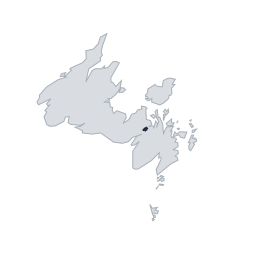 United Kingdom, with East Dunbartonshire highlighted, rotated 147°
{"feature_id": "GBR-2002", "entity_name": "East Dunbartonshire", "entity_type": "Unitary District", "adm_level": 1, "iso_a3": "GBR", "parent_name": "United Kingdom", "parent_adm1": "", "projection": "natural_earth1", "projection_center": [-4.202, 55.959], "detail": "fine", "context": "in_parent", "style": "filled", "palette": "slate", "viewbox_px": 256, "rotation_deg": 147, "n_neighbors": 0, "source": "natural_earth", "source_scale": "10m", "svg_char_len": 4135}
<svg xmlns="http://www.w3.org/2000/svg" viewBox="0 0 256 256"><g transform="rotate(147 128 128)"><path d="M138.1,189.7L126.5,195.8L122.9,195.4L118.4,192.3L113.8,192.7L115.7,191.1L111.7,189.7L104.7,191.7L101.7,190.3L99.9,187.3L114.9,179.6L117.2,175.9L115.9,174.7L115.6,169.4L107.7,171.3L113.3,165.5L120.1,162.7L125.9,162.0L129.0,163.5L128.1,161.2L129.4,160.6L131.4,162.7L133.7,162.6L129.4,159.1L131.3,155.4L129.6,153.5L131.6,151.5L132.0,147.8L128.0,148.6L122.3,141.2L124.0,137.6L129.6,134.5L122.8,134.6L117.4,137.5L113.5,136.3L110.0,137.9L106.0,136.4L104.8,139.0L101.8,136.2L101.3,134.0L102.9,133.9L107.9,125.2L105.1,121.9L106.0,118.0L109.2,117.8L105.8,115.9L106.3,114.1L100.9,118.7L100.8,115.7L103.8,112.8L98.7,116.5L98.6,120.7L96.3,127.1L93.5,127.6L97.1,120.1L95.5,119.9L96.7,112.5L101.3,104.0L95.2,107.8L88.9,104.7L94.2,102.4L92.5,101.6L96.1,98.2L96.5,96.0L93.5,93.6L93.4,92.1L96.3,90.7L94.2,88.7L96.0,85.2L101.8,85.2L98.5,82.0L99.5,79.2L103.8,78.8L102.7,76.8L103.7,73.7L111.2,74.6L129.0,72.6L127.0,77.8L117.0,83.9L116.4,85.6L118.7,86.2L115.1,90.2L126.0,88.0L141.9,88.1L144.6,89.7L145.7,92.0L136.5,106.0L125.9,110.6L131.5,110.1L134.5,111.4L134.3,112.5L125.2,116.3L119.6,115.2L129.4,117.6L135.3,116.3L141.3,118.4L147.8,124.1L153.6,138.8L161.1,142.2L169.1,148.8L167.5,150.4L171.9,157.5L166.7,155.3L161.5,155.5L166.4,156.1L174.1,162.2L175.3,165.2L171.2,169.6L174.4,171.3L178.1,168.5L187.7,169.3L192.9,172.2L194.2,175.2L192.4,183.1L187.6,185.7L188.2,187.9L181.2,189.9L183.2,190.6L183.2,192.6L176.9,194.5L190.4,196.2L190.2,199.4L185.5,201.7L184.4,203.8L174.2,206.7L160.7,206.6L152.1,204.4L153.2,205.7L143.8,207.3L144.7,209.0L143.7,209.5L130.6,207.5L125.1,209.0L121.3,215.8L114.3,213.1L107.0,214.9L101.7,219.3L94.4,218.6L104.8,210.7L109.0,206.4L109.8,203.0L112.9,202.1L114.4,199.3L128.7,199.0L138.1,189.7ZM90.0,149.9L81.6,149.8L81.6,148.0L76.9,143.8L72.6,148.5L68.9,148.3L65.6,147.1L61.8,143.1L67.0,140.6L65.0,138.9L69.8,137.7L72.2,133.3L74.3,132.2L75.8,132.9L77.9,130.6L84.2,129.6L88.7,130.0L94.1,136.8L91.9,139.8L95.9,139.5L97.4,142.3L97.2,143.3L94.7,141.4L94.9,144.3L96.2,144.5L95.5,146.1L92.6,146.8L90.0,149.9ZM88.4,77.1L86.7,80.0L83.7,81.6L85.4,82.8L78.4,87.3L76.8,86.3L79.8,84.4L77.2,83.1L78.1,82.3L76.8,81.6L77.6,79.5L81.5,80.0L80.9,78.1L87.9,74.8L88.4,77.1ZM88.9,91.4L89.0,94.6L95.1,96.1L90.9,99.2L90.3,96.5L86.5,96.5L80.9,92.5L86.2,88.7L88.9,91.4ZM150.3,40.0L153.0,43.1L154.3,42.7L151.3,52.0L151.4,47.5L146.6,45.4L150.2,44.5L147.7,41.9L150.3,40.0ZM93.5,111.0L86.5,111.8L88.8,108.5L86.5,107.2L89.3,105.9L93.8,108.5L93.5,111.0ZM112.7,160.8L116.3,162.7L111.9,165.7L109.5,163.5L109.3,161.3L112.7,160.8ZM88.8,118.0L89.3,122.6L86.5,123.4L86.5,120.5L84.0,121.9L85.1,119.2L88.8,118.0ZM129.0,64.9L128.8,66.5L132.7,67.3L127.5,67.9L125.1,66.2L126.5,64.2L129.0,64.9ZM102.3,126.1L99.3,125.6L98.8,122.4L101.2,122.0L102.3,126.1ZM156.9,207.9L154.4,209.7L150.1,208.4L153.5,206.5L156.9,207.9ZM90.9,119.9L89.6,118.6L94.2,114.8L93.2,116.7L90.9,119.9ZM75.2,88.5L76.6,89.4L75.4,91.0L71.1,89.8L75.2,88.5ZM74.4,98.0L72.7,97.7L72.4,93.5L74.3,93.7L74.4,98.0ZM154.4,41.6L152.8,40.1L153.7,38.2L155.0,38.7L154.4,41.6ZM133.1,63.4L132.0,63.9L129.0,61.2L130.0,60.8L133.1,63.4ZM127.6,70.0L126.1,70.2L124.6,68.0L126.2,68.1L127.6,70.0ZM157.7,36.7L157.1,38.8L155.9,38.6L155.9,36.7L157.7,36.7ZM137.0,62.0L134.0,62.7L137.3,61.6L137.0,62.0ZM87.1,100.5L86.2,100.7L85.1,99.6L86.5,99.1L87.1,100.5ZM131.0,69.4L130.0,70.6L129.2,69.5L131.0,69.4ZM83.7,106.2L81.9,106.8L84.3,105.5L83.7,106.2ZM72.2,100.5L71.1,100.7L70.6,100.4L71.7,99.6L72.2,100.5Z" fill="#d9dde1" stroke="#a8b0b8" stroke-width="1"/><path d="M115.0,116.3L115.0,116.6L115.2,117.1L115.3,117.4L115.4,117.6L115.6,117.5L115.9,117.5L116.2,117.5L116.3,117.6L116.3,117.8L116.3,118.1L116.1,118.3L115.9,118.3L115.5,118.3L114.9,118.3L114.6,118.4L114.6,118.5L114.4,118.7L114.1,118.6L113.7,118.5L113.5,118.3L113.3,118.2L113.2,118.2L113.1,118.4L113.0,118.5L112.8,118.5L112.7,118.5L112.3,118.4L112.2,118.4L112.1,117.9L112.1,117.2L112.9,117.5L113.3,117.5L113.4,117.3L113.3,117.0L113.1,116.5L113.2,116.4L113.6,116.4L114.3,116.4L114.6,116.6L114.8,116.3L115.0,116.3Z" fill="#64748b" stroke="#1e293b" stroke-width="1.5"/></g></svg>